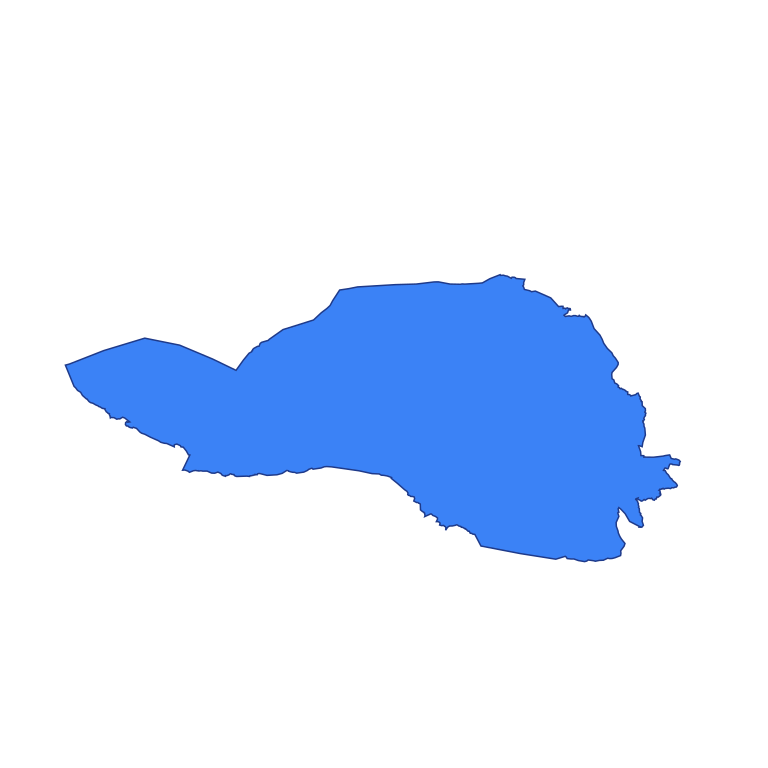 Eidsvoll nor, Akershus, Norway, rotated 287°
{"feature_id": "86288312B15837471533028", "entity_name": "Eidsvoll nor", "entity_type": "district", "adm_level": 2, "iso_a3": "NOR", "parent_name": "Norway", "parent_adm1": "Akershus", "projection": "mercator", "projection_center": [11.199, 60.416], "detail": "fine", "context": "isolated", "style": "filled", "palette": "blue", "viewbox_px": 768, "rotation_deg": 287, "n_neighbors": 0, "source": "geoboundaries", "source_scale": "gbopen_adm2", "svg_char_len": 6164}
<svg xmlns="http://www.w3.org/2000/svg" viewBox="0 0 768 768"><g transform="rotate(287 384 384)"><path d="M257.4,524.1L261.7,564.1L266.7,599.5L272.2,607.7L271.8,608.8L270.6,610.2L271.4,614.3L272.2,616.8L272.0,621.4L272.8,627.8L274.0,629.7L275.4,630.7L276.3,636.3L276.3,637.9L278.3,641.6L279.6,645.3L282.8,648.9L283.0,650.8L283.8,653.1L285.4,655.7L289.1,660.4L291.4,660.1L293.7,659.1L299.0,661.0L301.9,661.1L305.3,656.2L307.2,654.1L310.1,651.6L311.8,650.8L315.8,647.8L319.4,646.5L326.1,647.3L329.0,645.3L329.7,645.4L330.1,646.1L333.0,644.4L334.5,644.7L333.5,647.2L330.5,652.5L324.4,659.1L322.5,669.6L321.7,669.6L322.0,671.0L322.4,670.9L322.4,672.4L324.7,673.4L328.1,671.0L331.6,670.4L333.7,668.0L333.8,667.5L335.3,667.4L335.9,665.9L339.6,664.5L340.5,663.4L341.4,663.5L342.9,662.4L344.0,662.3L345.4,660.9L346.0,660.8L347.3,658.4L347.9,658.5L349.2,660.2L348.1,660.1L347.8,662.5L347.2,664.2L347.8,665.3L349.6,666.5L349.2,667.7L351.7,669.9L352.4,672.0L352.4,672.8L353.1,673.4L351.9,675.0L351.9,676.5L353.5,677.1L353.7,678.0L355.6,678.0L356.0,679.3L358.3,680.9L359.0,680.5L359.2,681.0L359.6,680.9L360.6,680.0L360.5,679.7L361.3,679.9L363.2,678.4L363.1,678.2L364.0,678.5L364.0,679.3L364.9,680.0L364.8,680.5L365.8,681.3L365.4,681.7L365.5,682.8L366.2,683.3L367.5,686.3L367.8,688.7L369.0,689.5L369.4,691.4L370.3,692.3L371.0,693.8L372.6,694.2L373.7,693.3L375.0,691.2L375.3,689.9L376.4,687.9L377.6,686.7L377.4,685.9L377.7,685.4L380.3,682.4L381.3,680.3L383.4,678.2L383.2,677.2L383.1,676.5L383.4,676.5L385.8,677.3L386.0,678.1L385.7,679.6L386.1,680.4L390.7,680.7L391.3,681.4L391.6,682.9L391.3,683.4L392.3,688.3L392.3,689.6L392.7,690.1L394.1,690.1L394.9,689.6L396.5,690.0L397.5,688.3L397.7,685.3L397.5,684.4L397.0,683.9L396.8,680.4L399.7,677.9L397.7,673.7L396.7,672.1L392.8,663.2L390.5,655.4L390.6,655.1L390.0,654.0L391.4,653.4L390.7,650.6L394.3,649.2L399.4,645.4L399.7,646.4L399.5,649.2L403.8,648.6L411.6,648.9L418.1,646.3L419.6,645.0L421.7,644.3L423.4,642.6L424.4,642.4L424.3,642.9L426.3,643.3L426.8,642.6L428.4,642.6L430.2,643.3L430.8,642.9L432.7,643.0L433.1,641.9L433.4,641.6L434.7,641.9L436.9,641.1L438.8,637.3L442.5,636.0L442.5,635.1L443.2,635.0L444.7,633.2L446.5,632.9L447.0,631.8L449.6,629.7L448.9,628.6L447.4,627.8L444.9,623.8L445.1,623.8L445.6,621.8L445.3,620.1L447.7,619.4L447.7,617.7L448.3,617.1L448.9,614.5L448.6,613.9L449.3,612.3L448.6,611.3L448.6,610.9L449.3,610.3L449.6,608.7L451.0,608.8L452.1,606.7L452.5,604.3L455.1,602.6L455.7,600.6L459.6,599.0L461.7,598.7L467.8,601.5L471.1,602.2L473.0,601.7L476.4,597.7L478.0,595.0L480.5,592.7L483.3,587.2L487.2,582.2L490.5,579.6L493.9,576.2L498.4,568.7L504.6,563.9L507.0,561.1L507.7,560.0L509.1,556.7L507.6,556.5L506.6,555.7L506.6,554.8L506.8,554.6L506.4,553.7L506.2,551.5L506.7,550.6L505.7,550.3L505.3,549.2L505.4,547.3L504.9,545.4L503.4,543.2L503.3,541.1L501.6,537.7L502.4,536.0L502.7,536.1L505.7,538.7L508.6,538.8L509.5,539.9L509.1,540.4L509.3,540.7L510.5,540.0L510.1,537.6L510.4,537.1L509.5,535.8L509.0,535.7L509.3,534.5L508.6,533.2L510.6,532.5L510.3,531.2L509.1,528.3L515.1,518.3L517.1,501.6L515.4,498.1L515.8,496.1L515.5,490.6L517.4,489.3L518.4,488.1L519.7,488.6L521.8,487.9L525.3,488.1L523.5,479.4L524.0,478.7L524.2,477.5L523.6,475.2L522.3,474.8L523.2,470.4L522.9,468.3L523.0,466.5L521.9,463.6L522.5,463.1L515.6,454.4L509.5,448.6L508.1,445.4L503.2,432.2L502.5,429.4L501.7,427.9L498.9,418.0L497.6,406.3L496.3,402.2L489.0,385.6L482.4,366.0L469.1,330.3L464.9,322.5L460.9,314.1L448.8,310.6L443.3,309.5L439.5,307.3L434.0,303.3L424.6,297.9L406.5,271.5L393.2,261.2L391.9,260.6L388.1,254.8L386.6,253.7L383.6,253.5L383.0,252.0L380.0,249.1L378.5,248.3L377.5,248.5L376.9,247.9L376.2,248.0L373.9,245.9L365.9,242.6L353.8,238.5L357.8,212.6L361.4,177.2L357.9,141.8L334.0,106.2L311.1,77.3L308.9,73.8L291.1,88.3L290.2,90.2L288.3,92.8L287.4,96.3L284.9,99.0L282.7,103.8L282.9,104.2L281.0,107.0L280.4,108.8L280.5,111.2L279.7,114.6L279.5,116.9L279.0,118.1L279.1,119.3L278.3,121.8L278.6,122.3L278.5,123.4L278.7,123.8L278.5,124.1L278.7,124.4L277.9,124.7L276.2,126.6L275.8,127.9L275.3,128.6L275.3,130.1L274.4,130.2L273.7,131.1L271.6,132.2L272.1,132.5L272.9,135.7L272.2,138.7L273.2,140.5L273.4,141.6L275.8,143.7L275.7,145.9L273.4,151.9L272.5,150.1L272.8,149.0L271.5,148.2L269.6,148.6L268.6,149.9L268.9,151.5L268.4,152.4L268.1,154.3L268.3,154.9L268.3,156.2L269.3,156.8L269.2,160.3L266.7,164.6L266.1,166.5L266.0,170.0L264.8,176.4L263.8,184.8L263.0,187.6L263.1,191.3L263.6,193.6L262.6,201.8L264.2,201.2L264.8,201.5L266.0,203.5L265.5,207.3L264.5,208.2L264.9,210.5L262.1,214.6L259.1,217.7L259.3,219.1L242.7,216.6L243.5,218.7L243.4,221.8L242.7,223.8L245.4,227.2L246.3,229.3L246.4,230.9L246.8,231.7L246.6,232.3L247.5,234.3L247.7,236.2L249.0,240.3L248.4,245.1L249.2,248.2L251.2,250.9L250.7,254.3L249.8,255.3L249.4,256.8L249.4,259.3L250.1,259.2L250.3,260.3L251.7,262.2L253.2,263.3L253.4,263.8L253.1,264.8L253.5,266.9L253.2,266.9L252.5,268.4L252.5,270.2L255.8,279.8L256.3,282.6L257.1,282.7L257.6,284.3L258.3,285.2L258.3,285.5L258.7,285.8L259.3,287.2L259.8,287.1L260.1,289.2L261.2,289.4L261.9,290.7L262.1,291.8L262.4,298.8L265.9,308.2L268.8,312.8L272.9,316.3L273.1,318.0L272.7,318.3L272.7,320.5L272.9,322.6L273.4,324.4L273.2,326.5L276.3,333.1L279.1,336.2L280.2,336.8L282.1,339.2L282.3,340.0L281.8,341.0L285.3,348.4L287.4,351.1L288.3,353.3L289.4,358.0L293.7,385.5L294.8,398.8L296.6,405.8L296.0,408.0L296.6,410.6L297.0,414.0L296.8,418.6L295.9,418.5L292.8,426.1L288.9,434.7L288.1,437.3L286.8,438.8L285.2,439.0L284.7,439.9L284.9,441.0L284.3,442.4L284.8,444.3L284.8,445.9L283.4,446.8L280.8,446.7L280.2,449.8L280.6,451.2L280.1,452.1L280.2,452.6L279.8,453.8L274.3,455.7L273.2,458.2L273.0,459.6L272.6,459.8L272.5,460.5L270.1,461.7L269.1,461.7L273.4,466.6L273.5,467.5L272.6,469.1L272.4,471.9L271.6,474.3L270.2,474.7L267.7,474.3L268.2,476.2L267.8,477.8L266.9,478.4L265.4,478.4L265.4,480.6L266.2,482.4L265.6,483.5L265.6,484.2L264.7,485.2L262.2,485.7L265.6,486.7L267.3,488.1L268.2,490.8L269.8,493.7L270.5,494.4L270.6,495.6L270.1,496.9L270.2,499.3L269.6,499.8L269.9,501.3L269.4,503.2L269.5,504.0L269.1,504.2L269.3,504.5L267.8,507.5L268.1,508.6L266.5,510.1L266.8,511.6L266.4,512.5L266.7,514.9L257.4,524.1Z" fill="#3b82f6" stroke="#1e3a8a" stroke-width="1.5"/></g></svg>